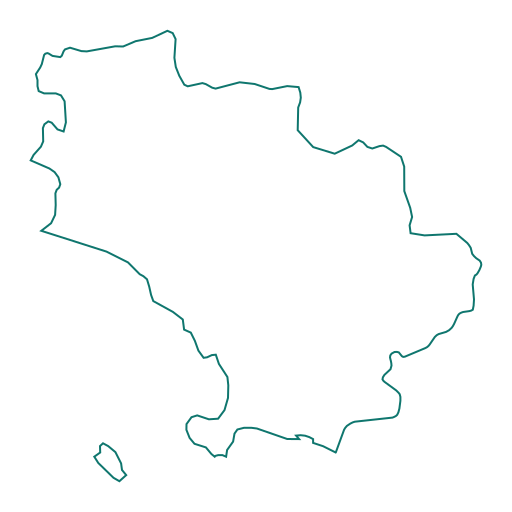 Grosseto, Natural Earth projection
{"feature_id": "ITA-5379", "entity_name": "Grosseto", "entity_type": "Province", "adm_level": 1, "iso_a3": "ITA", "parent_name": "Italy", "parent_adm1": "", "projection": "natural_earth1", "projection_center": [11.272, 42.756], "detail": "fine", "context": "isolated", "style": "outline", "palette": "teal", "viewbox_px": 512, "rotation_deg": 0, "n_neighbors": 0, "source": "natural_earth", "source_scale": "10m", "svg_char_len": 2857}
<svg xmlns="http://www.w3.org/2000/svg" viewBox="0 0 512 512"><path d="M335.7,452.5L323.1,446.2L313.1,442.9L313.1,439.1L309.3,437.1L305.1,435.7L300.6,435.2L296.1,435.6L299.1,439.1L287.2,439.0L256.9,428.5L251.4,427.8L244.0,427.8L237.4,429.5L234.5,433.6L233.1,441.6L227.1,450.0L226.1,456.7L222.4,455.1L218.3,455.1L215.3,455.9L214.7,456.7L211.4,454.0L205.9,447.4L194.5,443.8L189.6,437.9L186.4,429.8L186.5,424.1L191.5,417.2L197.2,415.4L208.9,419.3L218.1,418.7L224.5,410.1L228.0,397.9L228.3,385.3L227.4,377.0L218.9,363.9L215.8,354.7L211.8,355.1L207.1,357.3L203.6,357.8L198.4,350.6L194.9,340.9L190.8,332.6L184.1,329.6L182.8,319.5L172.9,311.9L153.3,301.1L151.1,295.0L149.2,286.6L147.0,279.3L143.4,276.2L139.7,274.2L128.0,262.4L106.5,251.6L41.3,230.8L51.1,223.2L55.1,214.9L55.7,205.1L55.4,193.3L56.7,189.8L59.1,187.6L60.3,184.2L58.4,177.3L54.6,172.1L49.4,168.5L30.7,160.4L33.6,154.9L40.9,146.7L43.2,141.4L42.9,128.1L44.4,124.3L48.3,121.4L51.7,122.7L57.5,129.4L63.6,131.5L65.9,122.4L64.6,101.3L61.0,95.4L55.8,93.4L44.1,93.4L38.7,91.1L37.5,86.2L37.5,80.1L35.9,74.1L40.2,67.5L41.8,64.1L44.1,55.0L45.3,53.7L47.3,53.1L48.6,53.5L52.5,55.9L60.3,57.1L61.8,55.7L63.6,51.3L65.0,49.4L70.0,47.7L81.4,51.1L86.8,51.4L115.2,46.3L123.1,46.5L135.6,41.2L152.2,37.9L167.4,30.8L172.7,33.1L175.6,39.1L174.4,57.8L175.8,67.0L179.3,75.8L184.3,84.7L187.7,86.3L202.4,83.1L205.8,84.1L212.2,87.7L215.6,88.6L239.6,82.3L254.7,84.0L269.4,88.9L272.2,89.1L287.2,86.1L298.6,87.1L300.3,92.7L300.8,97.7L300.1,102.4L298.2,107.5L297.7,130.2L313.2,147.1L334.7,153.7L352.2,145.5L358.6,140.2L363.2,142.4L367.4,146.9L372.3,148.5L379.5,146.1L383.1,145.6L386.1,146.9L401.0,156.8L404.2,166.6L404.3,191.1L410.2,207.8L412.1,217.0L409.6,225.3L410.6,233.2L424.6,235.4L456.4,233.8L467.3,243.0L468.9,245.0L470.7,247.8L472.2,253.8L474.0,256.1L476.2,258.2L479.7,260.6L481.0,262.7L481.3,264.8L480.8,266.7L479.3,270.2L477.5,273.3L476.4,274.6L474.9,275.5L473.6,278.9L472.7,284.4L474.0,299.5L473.6,305.7L472.8,309.7L471.2,310.6L469.4,311.1L463.1,312.0L461.4,312.6L460.2,313.2L459.3,313.8L458.3,314.9L457.5,316.3L454.1,323.9L452.9,326.1L451.7,327.8L449.1,330.2L446.1,331.9L438.6,334.1L436.7,335.2L434.8,337.0L429.6,344.6L428.4,346.0L427.1,347.1L425.5,348.0L404.8,356.7L403.2,356.9L401.9,356.2L398.8,352.4L396.9,351.9L394.5,352.0L391.6,353.6L390.3,355.4L390.0,357.4L390.4,359.2L390.9,361.1L391.3,363.2L391.5,365.6L390.5,369.2L384.4,374.9L382.9,377.3L382.5,379.4L383.4,380.8L384.7,382.0L396.2,390.4L398.6,392.8L399.7,394.2L400.4,396.9L400.4,400.8L399.4,408.5L398.4,412.3L397.2,414.8L395.9,416.0L394.2,416.9L392.5,417.6L354.8,421.7L352.7,422.4L350.3,423.6L346.9,425.9L345.2,427.9L344.1,429.7L335.8,452.4L335.7,452.5ZM108.2,446.1L115.4,452.1L121.1,463.4L122.0,470.0L126.2,475.1L119.4,481.2L113.5,477.8L98.3,463.0L94.3,456.7L100.2,452.5L100.0,446.1L103.0,443.3L108.2,446.1Z" fill="none" stroke="#0f766e" stroke-width="2"/></svg>